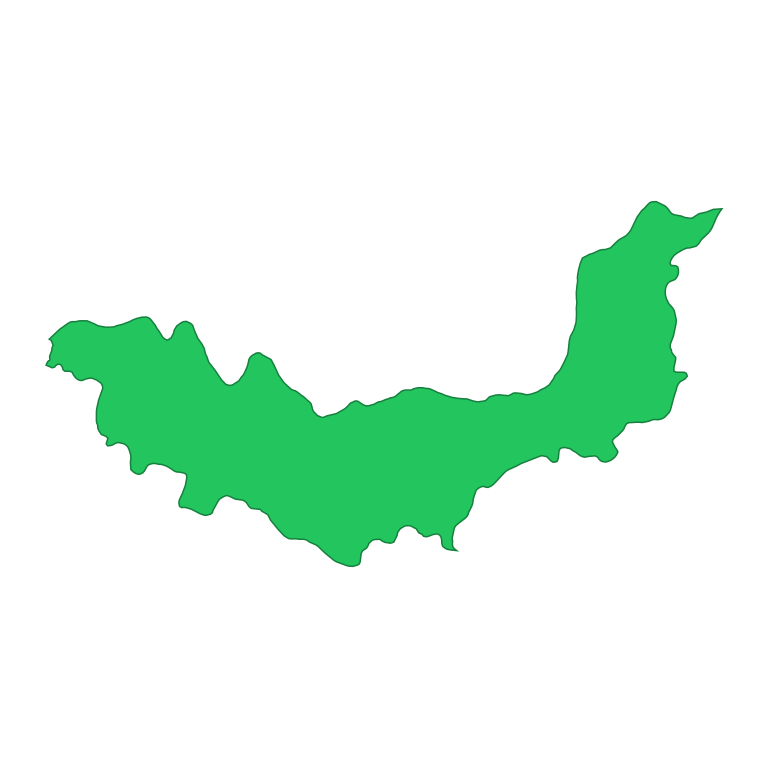 VII-1 Cuyuni, Cuyuni-Mazaruni, Guyana (Natural Earth projection), rotated 180°
{"feature_id": "73187651B99697298922199", "entity_name": "VII-1 Cuyuni", "entity_type": "district", "adm_level": 2, "iso_a3": "GUY", "parent_name": "Guyana", "parent_adm1": "Cuyuni-Mazaruni", "projection": "natural_earth1", "projection_center": [-59.979, 6.583], "detail": "fine", "context": "isolated", "style": "filled", "palette": "green", "viewbox_px": 768, "rotation_deg": 180, "n_neighbors": 0, "source": "geoboundaries", "source_scale": "gbopen_adm2", "svg_char_len": 6106}
<svg xmlns="http://www.w3.org/2000/svg" viewBox="0 0 768 768"><g transform="rotate(180 384 384)"><path d="M668.8,336.7L666.6,333.5L662.0,331.7L660.1,329.7L661.8,324.1L660.4,322.2L658.3,322.3L656.0,322.8L651.6,325.2L649.0,325.4L644.1,324.2L641.8,322.8L640.1,321.0L638.7,317.8L637.1,312.2L637.2,308.8L637.6,305.8L637.1,298.3L633.8,295.4L631.8,294.4L629.6,293.7L627.6,294.0L625.2,295.2L623.5,297.1L621.0,301.7L619.4,303.3L615.4,304.5L612.6,304.5L609.8,303.8L606.6,303.6L601.7,302.0L597.8,299.8L593.3,296.7L591.2,296.0L588.5,295.9L583.7,294.9L581.6,293.5L581.2,291.0L581.5,288.5L582.6,282.7L585.4,275.1L588.9,267.4L589.1,264.6L588.5,261.8L586.6,260.4L584.1,260.6L581.5,260.3L576.5,258.7L568.2,254.4L564.1,252.9L562.0,252.6L557.5,253.8L555.6,255.3L555.0,257.6L550.1,266.5L548.3,269.0L544.4,271.4L541.6,272.5L539.0,271.9L532.7,268.9L525.1,267.8L523.2,266.8L521.6,265.4L518.8,261.2L516.7,259.6L507.7,258.6L506.1,256.7L502.0,254.5L500.1,253.1L497.4,247.8L489.5,238.2L483.9,232.2L479.5,229.5L477.1,229.1L472.4,229.2L468.1,228.7L466.1,228.8L463.5,228.6L461.1,227.9L458.6,226.0L452.0,223.1L449.7,221.5L445.8,217.6L441.6,213.8L434.1,207.7L431.6,206.2L421.8,202.6L419.3,201.9L415.1,201.6L410.6,202.9L408.7,204.1L407.8,206.2L406.8,214.6L405.3,217.3L401.5,219.9L400.0,222.2L399.1,224.6L395.7,227.8L393.2,228.5L388.3,228.7L385.8,227.0L383.2,225.7L378.0,224.8L376.0,225.2L374.1,226.0L370.8,232.9L370.4,235.5L367.6,239.4L363.2,242.0L361.1,242.3L358.6,242.3L356.6,241.8L354.2,240.3L352.0,239.5L349.2,235.1L346.0,233.7L344.5,231.8L342.0,231.2L339.6,231.7L335.2,233.4L330.9,234.2L328.4,233.0L327.0,231.0L326.3,227.8L326.2,224.8L325.5,221.9L323.5,220.2L321.1,218.8L317.1,218.0L311.3,217.4L313.6,219.2L315.3,221.3L315.6,224.1L315.4,226.9L315.9,229.7L313.7,239.9L312.4,242.1L309.9,244.4L303.4,249.3L301.5,251.0L300.0,253.3L299.2,255.9L296.2,261.9L295.2,265.1L294.8,268.6L293.8,272.2L291.8,277.8L289.9,279.6L287.0,281.2L284.3,281.6L282.1,280.8L279.8,280.6L276.6,282.1L274.1,284.1L263.8,295.1L261.9,296.9L259.8,298.2L251.8,301.8L246.6,304.6L228.4,311.7L226.2,312.3L221.3,311.4L217.2,307.2L215.1,305.8L212.8,305.9L210.7,306.8L209.6,310.2L209.0,316.9L207.8,319.5L205.5,320.3L203.2,320.5L197.8,319.3L195.1,317.3L192.2,315.7L187.9,312.4L185.7,311.4L183.6,310.8L178.5,311.7L172.9,312.1L170.4,310.9L169.1,308.8L166.8,306.9L164.6,306.2L162.0,306.0L159.5,306.7L156.9,307.9L154.4,309.7L152.7,311.4L151.3,313.4L150.1,316.1L151.3,318.4L153.1,321.0L155.6,326.0L155.0,328.5L152.5,330.8L150.4,332.3L145.4,337.3L143.9,339.5L143.0,341.9L141.5,344.1L139.4,345.3L130.3,345.8L125.5,345.5L119.5,346.7L114.5,348.5L109.9,348.3L107.4,348.8L105.3,349.6L103.3,350.8L98.9,355.4L97.6,357.9L94.2,370.6L91.7,378.5L91.1,381.1L89.4,384.5L87.5,386.5L82.8,389.2L80.7,391.8L81.6,394.5L83.5,395.7L91.7,395.8L94.2,396.9L94.0,400.8L92.4,408.1L92.3,410.7L94.3,412.9L96.2,415.5L96.7,418.2L97.9,420.5L97.7,423.8L94.6,431.9L92.0,444.2L91.7,447.9L93.7,457.2L95.4,460.1L99.1,464.2L101.5,469.0L102.5,472.4L102.8,476.3L102.5,479.0L101.9,481.7L100.4,484.4L98.4,486.3L93.2,488.4L91.5,490.2L90.0,493.1L89.5,495.9L89.6,498.5L90.2,501.0L92.2,502.2L96.9,502.6L98.0,504.9L97.3,507.4L96.0,509.8L94.0,512.5L91.4,514.6L86.3,517.7L83.4,519.1L80.7,520.0L78.2,520.1L71.9,521.8L69.5,524.0L66.4,528.6L59.6,535.0L57.9,537.1L56.5,539.2L55.3,541.7L51.6,550.4L48.7,555.5L46.1,559.2L54.8,558.6L61.6,555.9L69.0,554.3L75.8,549.9L78.9,549.8L83.4,550.6L86.5,551.9L93.1,553.1L95.6,554.0L97.3,555.4L100.5,559.7L102.7,561.9L111.8,566.4L116.2,566.1L118.1,565.4L120.0,563.7L123.7,559.6L126.1,557.6L130.8,551.1L137.2,537.9L139.4,534.9L141.9,532.3L148.9,528.3L151.7,525.9L157.5,520.1L162.5,518.5L165.2,518.4L168.4,517.8L175.6,514.5L178.4,513.7L185.6,509.9L187.6,505.0L189.0,500.0L190.2,494.1L190.6,490.5L190.4,486.4L191.0,482.6L191.7,475.4L191.5,468.5L191.1,465.6L191.7,460.1L191.5,453.7L191.9,446.0L193.7,439.5L194.9,436.6L197.6,431.7L198.7,427.3L199.9,416.0L200.5,413.2L204.1,405.3L207.3,399.2L208.5,397.3L213.0,392.6L214.3,389.6L218.7,383.2L222.8,380.3L227.5,378.1L230.5,376.1L236.8,373.9L239.2,373.5L241.3,373.2L246.6,374.5L252.7,375.1L254.8,374.8L257.3,373.3L259.7,372.3L269.1,373.2L272.9,372.8L278.4,371.2L282.3,367.5L284.6,366.9L290.3,366.1L295.2,367.1L300.6,369.0L308.8,369.5L316.0,370.6L323.6,372.9L326.0,374.1L330.0,375.4L337.0,378.7L339.5,379.5L342.4,379.6L345.0,380.2L349.9,380.3L354.5,379.2L356.8,377.9L361.5,378.0L364.2,377.7L366.5,376.8L372.8,371.5L375.4,370.5L377.7,370.2L379.7,369.1L381.8,368.7L386.9,366.5L389.8,366.0L394.1,363.7L399.4,362.2L401.9,362.2L404.3,362.9L410.2,366.8L412.6,367.1L417.7,364.8L421.1,361.0L423.2,359.2L431.6,354.4L441.5,352.0L443.7,350.9L445.9,350.5L450.5,352.4L454.2,356.2L455.3,358.2L456.9,364.2L458.5,366.1L460.7,367.8L464.4,371.3L466.5,372.6L470.7,376.0L472.7,377.2L475.2,377.9L477.3,379.1L484.1,385.4L489.3,392.7L494.0,402.9L497.0,408.5L505.7,413.1L507.6,414.8L509.7,415.2L511.8,414.9L515.8,412.6L517.6,411.0L519.0,408.7L520.2,403.4L521.0,400.8L523.3,395.7L524.6,393.2L526.5,391.1L529.2,387.1L535.5,383.1L538.0,382.5L542.0,383.5L546.4,388.0L552.9,397.7L559.2,405.7L561.2,411.5L562.5,414.0L563.7,419.4L566.1,424.0L570.5,430.1L571.5,433.0L572.7,435.2L575.4,442.7L577.3,444.6L581.6,446.6L584.3,446.4L586.8,445.3L591.2,442.1L593.9,437.6L594.4,435.0L596.7,430.4L600.5,427.8L603.2,429.0L605.2,430.7L609.0,436.9L610.6,438.9L613.0,443.1L617.5,448.8L619.5,450.3L621.6,451.0L626.2,450.8L631.4,449.5L636.0,447.7L637.9,446.6L645.7,443.6L651.3,442.3L653.8,441.2L656.7,440.9L662.1,440.8L669.6,442.1L674.0,444.3L681.0,447.2L688.2,447.2L692.7,446.3L695.7,446.3L697.8,445.9L699.8,444.8L708.5,438.6L718.8,428.8L716.8,427.6L714.8,422.7L715.8,420.9L716.4,416.9L718.2,412.4L718.4,410.8L718.0,408.7L718.4,407.8L719.8,406.9L721.2,404.7L721.9,402.8L715.7,400.2L713.3,401.0L711.9,402.7L709.8,403.9L707.3,403.4L705.7,401.0L704.9,398.2L703.2,396.8L698.1,396.7L695.8,395.7L694.7,393.3L693.4,391.4L691.7,389.6L689.5,388.1L687.6,387.5L685.3,387.6L683.3,388.7L678.3,389.9L675.8,389.8L671.3,387.9L667.1,385.0L665.8,382.8L665.2,379.8L669.4,367.9L671.4,358.7L671.6,355.7L671.6,347.7L671.4,345.3L670.4,343.1L670.1,339.5L668.8,336.7Z" fill="#22c55e" stroke="#15803d" stroke-width="1.5"/></g></svg>